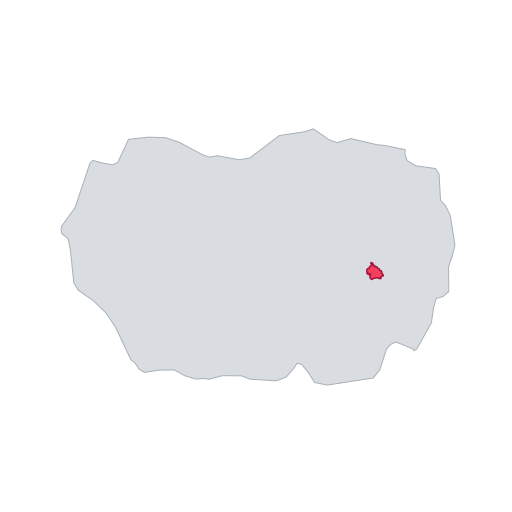 Kichevo, Kičevo, North Macedonia (highlighted), rotated 195°
{"feature_id": "65306769B34923793156893", "entity_name": "Kichevo", "entity_type": "district", "adm_level": 2, "iso_a3": "MKD", "parent_name": "North Macedonia", "parent_adm1": "Kičevo", "projection": "robinson", "projection_center": [20.955, 41.522], "detail": "fine", "context": "in_parent", "style": "filled", "palette": "rose", "viewbox_px": 512, "rotation_deg": 195, "n_neighbors": 0, "source": "geoboundaries", "source_scale": "gbopen_adm2", "svg_char_len": 1706}
<svg xmlns="http://www.w3.org/2000/svg" viewBox="0 0 512 512"><g transform="rotate(195 256 256)"><path d="M230.6,135.5L239.1,136.5L257.5,131.7L269.0,125.0L274.8,124.1L282.6,121.5L293.8,121.9L305.1,124.8L319.5,120.9L333.7,114.7L339.3,116.3L345.5,121.6L349.6,123.0L373.3,150.9L386.2,162.2L401.5,170.7L418.9,177.0L425.1,183.0L436.4,212.7L441.8,224.0L449.2,227.3L451.0,230.6L451.4,234.8L443.3,255.7L440.4,302.4L438.3,306.2L429.6,306.0L418.1,307.0L413.7,310.6L409.3,335.7L390.8,342.9L373.9,346.9L359.7,346.0L334.7,340.1L326.5,339.4L319.5,342.8L297.2,344.6L287.5,349.0L264.6,378.4L241.3,388.6L233.4,393.7L215.5,387.2L207.0,386.5L194.7,394.0L167.6,394.8L160.3,396.1L139.5,397.3L138.6,393.2L134.8,387.3L125.1,384.5L105.2,386.9L100.4,382.6L92.2,357.6L85.9,353.6L78.7,345.2L66.7,318.1L66.4,306.2L67.3,295.8L60.6,271.5L64.8,265.4L71.0,261.5L71.1,251.7L69.3,236.8L76.7,207.6L78.7,205.5L80.6,206.9L98.4,209.2L103.0,205.5L105.9,199.8L106.9,178.4L111.1,168.5L154.0,149.7L166.6,149.0L176.3,157.7L184.0,163.2L188.6,163.0L190.3,157.5L195.5,146.8L204.3,140.6L230.4,135.4L230.6,135.5Z" fill="#d9dde1" stroke="#a8b0b8" stroke-width="1"/><path d="M145.1,272.4L145.3,271.0L144.4,268.3L143.6,268.4L143.8,267.8L143.1,267.7L142.7,267.1L140.7,268.3L140.4,267.8L140.8,266.2L139.8,263.9L137.9,263.4L136.7,264.7L134.6,265.9L132.9,266.5L131.4,266.0L129.7,266.6L130.3,267.2L129.5,268.2L129.5,268.9L127.9,269.9L128.2,270.6L129.9,272.0L131.0,274.0L132.8,274.2L133.4,275.3L135.5,275.9L136.1,276.6L136.5,276.4L138.0,277.1L138.4,276.5L139.2,276.5L140.4,278.4L141.8,278.8L141.8,279.3L143.1,279.4L143.1,278.5L142.1,277.9L141.8,277.0L142.2,277.0L143.4,275.0L143.9,273.3L145.1,272.4Z" fill="#f43f5e" stroke="#9f1239" stroke-width="1.5"/></g></svg>